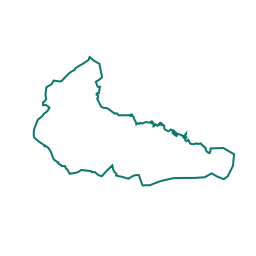 the district of Ål nor, Buskerud, Norway, rotated 161°
{"feature_id": "86288312B66646203611151", "entity_name": "Ål nor", "entity_type": "district", "adm_level": 2, "iso_a3": "NOR", "parent_name": "Norway", "parent_adm1": "Buskerud", "projection": "mercator", "projection_center": [8.363, 60.697], "detail": "fine", "context": "isolated", "style": "outline", "palette": "teal", "viewbox_px": 256, "rotation_deg": 161, "n_neighbors": 0, "source": "geoboundaries", "source_scale": "gbopen_adm2", "svg_char_len": 5365}
<svg xmlns="http://www.w3.org/2000/svg" viewBox="0 0 256 256"><g transform="rotate(161 128 128)"><path d="M198.2,104.7L198.0,103.7L194.6,103.1L190.0,102.5L185.7,103.5L176.8,99.1L176.4,97.8L173.8,97.2L171.4,93.1L168.5,90.9L161.6,94.7L155.1,97.7L155.2,97.2L155.8,97.2L156.0,96.8L155.1,97.0L155.1,96.6L155.1,96.1L155.3,95.8L155.5,93.1L155.5,92.3L155.5,92.1L153.8,88.0L154.8,87.0L152.0,85.2L150.0,84.1L144.1,79.9L144.0,80.0L143.5,80.2L143.2,80.1L142.8,80.3L142.2,80.3L140.9,80.7L138.3,81.1L135.7,80.8L134.6,80.5L133.1,79.9L133.0,69.3L132.3,68.6L130.4,68.3L126.1,66.8L115.2,67.2L102.4,66.0L98.0,64.8L97.7,64.6L90.8,62.4L81.9,59.3L71.4,56.4L63.7,57.9L59.9,53.5L54.1,48.4L49.4,49.9L41.0,58.1L36.3,68.7L44.3,78.0L56.5,81.8L57.7,79.3L58.7,77.9L59.5,77.8L59.7,78.1L59.9,78.6L60.4,78.9L60.7,79.3L61.3,80.5L61.3,80.9L61.3,81.3L61.6,81.8L61.7,82.2L61.3,83.0L61.2,83.5L61.2,83.8L61.7,84.5L61.6,84.9L61.8,85.3L62.2,85.6L62.5,86.3L63.0,86.7L63.1,87.0L63.2,87.5L63.8,88.3L63.9,88.6L64.0,88.7L64.0,89.3L64.1,89.7L64.5,89.9L66.4,89.9L67.0,90.1L68.2,91.2L69.4,91.1L70.0,91.2L71.8,91.6L72.6,91.9L73.2,92.2L74.0,92.9L74.3,93.5L74.4,94.0L74.9,97.2L77.1,96.5L77.3,96.8L77.3,97.2L77.6,97.5L77.8,98.1L77.8,98.4L77.6,98.8L77.8,99.7L77.8,100.4L78.2,100.7L78.5,100.7L78.7,100.8L78.6,101.0L78.2,101.1L78.4,101.7L78.4,102.1L78.3,102.3L78.1,102.2L77.9,101.9L78.0,101.7L77.6,101.5L77.7,101.4L77.3,100.9L77.3,100.4L77.0,100.4L76.6,100.4L76.7,100.8L76.3,100.5L76.1,99.9L75.9,100.0L76.1,100.7L76.4,101.2L76.3,101.9L76.5,102.2L76.0,102.8L75.7,103.2L75.2,103.3L75.0,103.7L75.6,103.3L76.0,103.2L76.4,102.5L76.7,102.2L77.0,101.7L77.2,101.8L77.2,102.1L77.3,102.2L77.6,102.1L77.8,102.2L78.0,102.4L78.5,102.7L79.0,102.8L79.3,103.0L79.4,103.4L79.6,103.5L79.8,104.0L80.2,104.3L80.3,104.3L83.1,106.5L83.2,106.4L83.3,106.2L83.5,106.0L84.3,106.5L84.5,106.5L84.6,106.4L84.5,105.2L84.3,105.2L84.3,105.5L84.2,105.5L84.1,104.9L83.8,104.6L84.4,104.8L84.6,104.6L85.9,105.9L85.9,106.0L85.8,106.3L87.1,107.9L87.1,108.0L87.2,108.4L87.4,108.6L87.2,109.0L87.3,109.2L87.2,109.4L87.3,109.6L87.2,109.8L86.5,109.3L85.9,108.9L85.7,108.5L85.2,108.6L85.1,108.3L85.3,108.0L85.4,107.6L85.3,107.3L85.2,107.3L85.0,107.7L84.8,107.7L84.6,107.8L84.3,108.3L85.0,109.4L85.1,109.6L85.1,109.9L85.2,110.0L86.0,109.7L86.1,110.0L86.2,110.9L86.3,111.0L86.2,111.1L86.0,110.9L86.0,111.1L86.2,111.3L86.8,111.3L88.0,112.6L90.0,111.9L90.7,111.9L91.0,111.9L91.5,112.3L93.0,113.9L93.6,114.7L93.8,115.2L93.8,115.5L93.8,116.2L93.1,118.0L93.2,118.6L93.4,118.8L93.5,118.8L93.9,119.5L94.1,119.5L94.4,119.6L94.7,119.9L94.9,119.8L94.9,120.2L94.8,120.3L94.7,120.3L94.7,120.8L95.2,121.0L95.3,121.1L95.3,121.3L95.2,121.3L95.0,121.2L94.8,121.2L94.9,121.6L95.1,121.9L95.3,121.8L95.8,122.4L96.5,122.3L96.6,122.2L96.8,121.9L97.0,121.9L97.0,121.7L96.9,121.3L96.9,121.2L97.2,121.2L97.1,120.7L97.4,120.7L97.8,121.1L98.0,121.1L98.2,120.8L98.4,120.8L98.5,120.9L98.8,120.8L98.9,121.0L99.1,121.1L99.2,120.9L99.1,120.7L99.4,120.5L99.5,120.7L99.6,121.2L100.7,122.4L101.0,122.0L101.8,122.1L101.8,121.8L102.3,121.6L102.9,121.2L103.6,121.2L103.6,121.3L103.3,121.6L102.0,122.5L101.8,122.6L104.0,124.8L102.7,125.1L103.3,126.6L105.2,126.1L107.0,126.6L108.9,127.7L111.2,127.8L113.2,127.6L113.4,127.8L113.4,127.7L113.5,127.6L113.4,127.8L113.5,127.9L113.7,128.0L113.8,128.1L114.2,128.3L114.4,128.6L114.8,128.5L115.0,128.6L116.2,128.3L116.3,128.4L116.2,128.5L116.3,128.6L116.8,128.9L116.9,129.0L117.0,129.2L117.5,129.1L117.8,129.1L118.8,128.8L118.7,129.1L118.8,131.0L118.8,132.0L119.1,133.3L119.2,135.0L119.1,136.4L119.4,137.5L120.8,138.4L122.1,138.8L122.1,139.1L121.3,138.9L121.2,139.1L120.8,139.3L120.0,139.3L119.9,139.4L120.0,139.5L122.9,139.8L126.1,140.8L128.2,141.6L131.4,142.6L133.3,143.3L133.2,143.3L133.2,143.8L133.1,144.2L133.2,144.4L133.2,144.5L133.3,145.0L133.6,145.2L134.3,145.4L134.6,145.8L134.9,145.8L135.1,146.0L135.3,146.0L135.7,145.9L135.8,146.0L137.7,148.5L140.5,152.8L142.3,154.0L144.9,155.3L146.0,156.3L146.5,157.4L147.0,160.6L147.0,161.8L147.3,163.4L147.5,164.2L147.6,164.6L147.5,165.1L147.4,166.1L146.5,166.3L146.5,166.7L146.1,167.3L146.0,167.6L145.7,168.1L146.0,168.8L146.1,169.0L146.1,169.3L146.1,169.8L146.2,170.1L146.6,169.8L146.8,169.8L146.7,170.4L146.2,170.8L144.7,170.9L144.7,171.0L144.2,171.1L144.2,170.8L144.1,170.7L141.1,176.1L143.2,176.8L143.5,182.0L142.5,182.4L139.8,182.9L136.2,184.3L135.8,185.7L135.4,188.3L135.4,189.0L134.1,198.0L137.4,201.6L139.2,204.1L141.1,207.6L142.1,206.6L142.9,205.3L146.8,204.2L147.5,204.1L150.2,203.3L152.4,203.0L155.4,202.3L158.5,201.5L159.7,200.2L162.0,200.0L164.1,199.5L166.3,198.7L173.0,195.4L173.2,195.1L173.3,195.1L176.4,193.8L182.9,197.0L185.9,194.3L191.9,193.1L195.1,186.6L195.5,184.6L196.0,181.9L197.8,180.6L199.3,179.9L199.5,180.0L199.9,179.9L200.0,179.9L200.5,178.5L200.9,177.2L197.9,176.3L195.6,172.8L198.8,170.1L202.9,168.8L205.0,167.2L210.6,165.2L216.8,157.8L217.5,156.7L218.4,155.0L219.6,151.4L219.7,149.4L216.8,144.2L213.0,139.4L212.8,139.1L212.7,138.9L212.5,138.7L212.9,138.3L212.7,138.0L212.6,137.6L212.1,137.6L211.7,137.9L210.5,136.2L209.7,134.8L209.5,134.7L209.5,133.6L208.8,131.2L208.6,128.3L208.6,124.6L208.5,124.1L208.4,123.2L208.4,122.4L206.1,119.1L205.6,118.6L205.2,118.4L205.7,117.6L205.2,116.8L204.0,115.2L203.3,114.8L203.1,114.3L203.3,114.1L203.1,113.7L201.6,113.0L200.0,112.6L199.9,110.1L199.6,110.1L198.7,107.5L198.5,105.5L198.2,104.7Z" fill="none" stroke="#0f766e" stroke-width="2"/></g></svg>